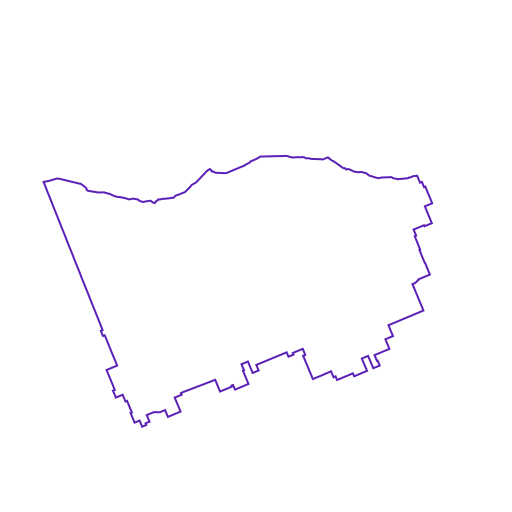 Meekatharra, Western Australia, Australia, rotated 248°
{"feature_id": "25037944B5193502600366", "entity_name": "Meekatharra", "entity_type": "district", "adm_level": 2, "iso_a3": "AUS", "parent_name": "Australia", "parent_adm1": "Western Australia", "projection": "albers", "projection_center": [119.195, -25.303], "detail": "fine", "context": "isolated", "style": "outline", "palette": "violet", "viewbox_px": 512, "rotation_deg": 248, "n_neighbors": 0, "source": "geoboundaries", "source_scale": "gbopen_adm2", "svg_char_len": 5848}
<svg xmlns="http://www.w3.org/2000/svg" viewBox="0 0 512 512"><g transform="rotate(248 256 256)"><path d="M139.9,118.9L140.0,127.8L143.3,127.8L147.3,127.7L153.8,127.6L155.2,127.6L155.2,135.1L157.1,135.1L157.1,137.1L157.1,139.9L157.0,144.0L156.6,164.8L156.5,171.8L143.8,171.9L143.9,184.7L145.0,184.7L145.0,186.4L140.0,186.5L140.1,195.4L140.2,201.1L154.5,200.9L154.5,202.1L161.1,202.0L161.2,209.0L148.8,209.1L148.9,215.6L154.9,215.5L155.2,248.3L150.5,248.4L150.5,253.8L150.9,253.8L152.3,253.8L152.4,264.6L145.8,264.6L145.8,262.3L143.3,262.4L141.7,262.4L139.7,262.4L137.2,262.4L135.2,262.5L132.8,262.5L131.1,262.5L129.5,262.5L127.5,262.6L124.2,262.6L122.2,262.6L120.6,262.6L120.7,273.2L120.8,275.8L120.8,277.3L121.0,282.4L119.4,282.4L117.8,282.4L116.1,282.5L114.5,282.5L114.6,284.7L112.6,284.7L110.7,284.7L110.7,287.4L110.7,288.0L110.8,292.9L110.8,293.0L110.8,294.2L110.8,294.5L110.8,296.1L110.8,296.3L110.9,301.9L107.7,302.0L107.9,315.9L108.9,315.9L109.2,315.9L109.6,315.9L121.3,315.7L121.4,322.5L113.7,322.6L108.0,322.7L108.1,329.7L110.9,329.6L113.4,329.6L113.4,328.9L117.3,328.8L119.7,328.8L119.9,344.9L126.3,344.8L130.3,344.8L130.4,348.7L130.4,353.0L135.8,352.9L136.6,352.9L142.2,352.9L142.4,368.9L142.5,377.2L142.6,383.1L142.7,388.8L142.7,390.8L147.8,390.8L154.2,390.7L158.2,390.7L165.4,390.6L167.0,390.6L171.3,390.5L171.3,391.7L171.3,392.5L171.3,392.9L171.4,393.4L171.7,394.4L172.0,395.3L172.3,395.9L172.8,397.1L173.1,397.9L173.5,397.9L173.6,410.3L174.0,410.3L175.2,410.2L175.6,410.2L183.2,410.2L185.6,410.2L186.5,410.1L186.5,409.9L191.0,409.8L191.9,409.8L193.4,409.8L200.3,409.8L200.3,410.6L214.9,410.6L214.9,412.1L221.5,412.0L221.5,418.1L221.6,423.3L220.5,423.4L220.5,431.3L224.6,431.3L231.1,431.2L235.1,431.2L238.8,431.2L238.8,439.0L241.1,439.1L242.4,439.1L244.2,439.1L246.4,439.1L248.2,439.0L248.6,439.0L248.9,439.0L256.3,439.0L256.9,439.0L256.9,437.6L262.6,437.6L262.6,435.5L270.0,435.5L271.2,431.5L270.9,428.9L271.5,427.0L271.2,425.9L271.9,423.6L273.0,420.0L274.1,416.2L275.5,414.2L277.1,411.9L278.3,411.3L279.1,409.1L280.0,406.6L280.8,404.4L281.9,401.3L282.0,400.0L282.5,398.1L283.6,396.8L284.6,395.5L285.0,395.0L286.5,393.2L287.7,391.7L288.3,390.9L290.0,390.1L291.3,389.4L293.0,387.1L294.4,385.2L294.9,383.7L295.7,381.4L296.8,379.8L297.9,378.1L299.9,376.4L301.8,374.6L302.3,373.4L302.4,372.0L303.4,371.5L303.9,371.5L304.9,369.8L306.8,368.5L310.2,366.4L312.2,365.1L313.5,364.2L315.0,363.3L316.0,362.2L317.1,361.5L317.6,361.2L318.2,360.7L319.5,360.4L320.5,359.6L320.5,354.3L320.8,353.3L321.3,352.7L321.8,351.6L322.4,350.1L323.6,347.6L324.5,345.4L325.7,342.9L326.6,342.0L327.0,341.4L327.3,340.1L327.9,339.0L328.9,338.1L329.4,337.7L329.7,337.1L330.2,336.6L330.4,336.0L331.2,333.1L331.8,332.3L332.9,329.2L333.0,328.6L333.4,327.3L334.8,325.0L335.8,323.8L337.3,322.0L339.0,317.3L340.0,314.7L341.2,311.7L342.3,308.6L343.3,306.0L344.4,303.0L345.4,300.3L346.6,297.2L346.3,295.9L346.0,294.6L345.7,288.6L345.8,288.3L345.7,287.0L345.7,286.0L345.5,285.6L345.0,285.1L344.6,281.7L344.6,280.8L344.5,280.4L344.5,279.6L344.0,278.7L344.2,276.5L344.1,267.9L344.0,260.6L344.0,259.3L344.9,257.4L345.1,256.8L345.2,256.6L345.3,256.4L346.6,253.5L347.6,251.3L348.4,249.6L349.8,248.3L350.5,247.8L350.6,247.1L350.9,246.7L351.7,246.8L352.2,246.6L352.9,246.2L353.4,246.2L353.8,246.0L353.8,245.1L353.5,243.3L353.4,243.0L353.1,242.6L353.2,242.0L352.8,241.4L351.6,238.9L350.6,236.6L349.9,235.2L348.4,231.9L347.6,230.0L346.7,228.2L346.4,226.2L346.0,223.0L345.7,222.5L345.7,222.4L345.5,222.0L345.4,221.8L344.6,220.7L343.7,218.5L342.3,215.1L341.9,214.3L341.9,206.7L342.1,206.3L342.0,204.1L341.7,203.1L340.9,201.7L341.8,198.4L341.8,197.9L342.6,195.2L343.2,192.8L343.8,191.6L344.5,187.7L345.0,186.9L345.1,186.5L344.3,185.2L344.2,184.1L343.9,183.0L343.0,182.2L344.0,180.6L345.2,179.9L346.8,178.9L346.9,178.4L347.7,175.1L348.3,171.9L348.4,171.6L348.6,171.1L349.0,170.8L349.7,169.8L350.5,169.0L350.7,168.7L352.0,168.1L352.4,167.6L352.8,167.5L354.1,165.4L355.3,163.4L355.9,159.8L356.2,159.3L356.7,158.7L357.7,157.6L359.6,154.9L360.5,153.6L361.6,151.9L362.2,150.5L362.7,149.7L364.4,147.3L366.3,145.6L367.0,144.8L368.1,144.0L369.7,141.8L371.6,139.3L371.9,139.0L373.0,136.1L374.1,133.3L375.6,130.9L376.8,128.9L377.8,127.3L378.9,125.3L380.2,123.9L380.6,123.7L381.6,124.1L382.6,124.1L383.0,123.8L384.4,123.1L386.0,122.1L388.7,120.5L388.9,119.9L389.3,119.3L390.6,117.5L392.6,114.7L393.9,112.9L396.0,110.0L399.3,105.4L401.6,102.1L402.4,100.3L402.8,96.0L403.0,95.7L402.9,95.4L403.1,92.8L403.1,92.5L403.7,89.5L404.3,86.8L401.4,86.8L398.9,86.8L397.3,86.8L394.9,86.7L392.4,86.7L389.9,86.7L388.7,86.7L386.3,86.7L383.8,86.7L380.9,86.7L378.5,86.6L377.3,86.6L374.8,86.6L372.4,86.6L369.1,86.6L367.4,86.6L365.8,86.6L363.4,86.6L360.9,86.6L358.4,86.5L356.0,86.5L353.5,86.5L350.7,86.5L348.2,86.5L345.8,86.5L343.3,86.5L342.1,86.4L339.6,86.4L337.2,86.4L334.7,86.4L332.3,86.4L329.8,86.4L327.4,86.4L324.5,86.4L322.0,86.3L319.6,86.3L316.3,86.3L313.9,86.3L311.4,86.3L308.1,86.3L304.9,86.3L303.6,86.2L300.8,86.2L299.1,86.2L297.1,86.2L295.5,86.2L293.4,86.2L290.1,86.2L288.1,86.2L285.7,86.2L283.6,86.2L281.6,86.2L279.6,86.1L277.5,86.1L275.5,86.1L273.5,86.1L271.4,86.1L269.0,86.1L265.4,86.1L261.3,86.1L258.0,86.1L254.8,86.1L251.6,86.1L248.3,86.0L246.7,86.0L244.7,86.0L244.7,84.1L241.7,84.1L239.2,84.1L239.2,86.0L237.2,86.1L235.2,86.1L233.2,86.1L231.1,86.1L229.1,86.1L227.1,86.1L225.1,86.1L223.0,86.1L221.0,86.1L219.0,86.1L217.0,86.1L214.9,86.2L212.9,86.2L210.5,86.2L208.4,86.2L206.4,86.2L206.3,74.8L199.8,74.8L190.0,74.9L184.7,74.9L184.7,72.9L181.6,73.0L177.3,73.0L177.3,80.4L170.0,80.5L170.0,82.2L168.0,82.2L157.4,82.3L157.4,80.9L150.8,81.0L147.0,81.0L147.0,86.4L140.4,86.5L140.4,90.9L142.2,90.9L142.3,95.2L149.4,95.1L149.5,102.8L147.6,107.3L147.1,108.4L147.2,110.7L147.2,111.3L147.2,112.2L147.2,114.0L144.3,114.0L141.1,114.1L139.8,114.1L139.9,118.9Z" fill="none" stroke="#5b21b6" stroke-width="2"/></g></svg>